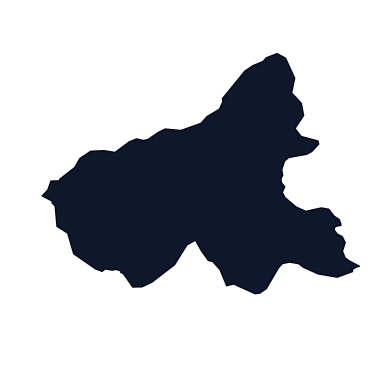 Coyah, Coyah, Guinea (Natural Earth projection), rotated 257°
{"feature_id": "49546643B61702032280321", "entity_name": "Coyah", "entity_type": "district", "adm_level": 2, "iso_a3": "GIN", "parent_name": "Guinea", "parent_adm1": "Coyah", "projection": "natural_earth1", "projection_center": [-13.337, 9.751], "detail": "fine", "context": "isolated", "style": "filled", "palette": "ink", "viewbox_px": 384, "rotation_deg": 257, "n_neighbors": 0, "source": "geoboundaries", "source_scale": "gbopen_adm2", "svg_char_len": 1442}
<svg xmlns="http://www.w3.org/2000/svg" viewBox="0 0 384 384"><g transform="rotate(257 192 192)"><path d="M81.7,338.7L89.8,329.3L93.4,326.3L100.4,325.2L108.3,329.8L114.7,328.3L118.1,324.1L123.2,321.7L126.3,323.8L126.1,329.5L128.0,329.8L132.0,329.2L136.7,324.8L144.4,321.3L147.3,314.4L147.5,298.5L153.9,290.0L165.6,281.3L171.3,279.8L176.3,283.5L181.0,281.1L185.1,281.7L188.0,284.1L193.7,284.4L201.5,289.2L203.9,294.0L203.1,312.2L204.5,317.7L210.3,326.2L213.4,326.0L221.5,310.8L230.7,306.5L241.4,317.9L253.8,318.4L264.6,312.2L265.5,311.0L279.8,317.6L301.3,313.2L307.6,306.0L307.6,305.8L306.0,294.6L303.1,290.6L301.4,280.0L297.8,270.7L276.1,242.7L273.1,242.5L266.5,237.5L262.1,223.8L256.8,216.2L254.4,194.9L259.3,180.1L257.7,173.0L253.0,160.8L253.0,156.2L256.1,150.1L254.9,142.1L247.8,125.8L252.0,115.6L254.4,102.5L249.8,90.3L242.2,83.3L234.2,66.1L232.5,65.8L234.3,57.1L226.3,52.0L221.9,45.3L214.6,53.8L212.6,53.3L209.3,55.6L188.9,52.8L179.9,61.7L158.4,62.9L138.7,80.9L135.0,86.6L136.7,90.2L133.8,96.8L133.8,100.6L130.9,105.3L129.7,104.6L128.0,106.8L112.8,112.9L110.9,121.9L113.2,132.5L125.1,158.6L141.7,175.2L144.4,184.6L132.9,187.9L121.6,192.6L119.8,196.5L110.1,201.9L93.0,204.7L93.0,212.3L90.5,215.2L78.8,230.6L78.3,235.0L78.3,235.3L81.2,242.7L85.0,246.2L99.0,259.5L102.0,264.0L101.8,271.4L98.2,279.9L93.4,283.9L83.8,296.6L76.4,314.4L78.4,330.3L80.7,331.1L82.3,336.9L81.7,338.7Z" fill="#0f172a" stroke="#020617" stroke-width="1.5"/></g></svg>